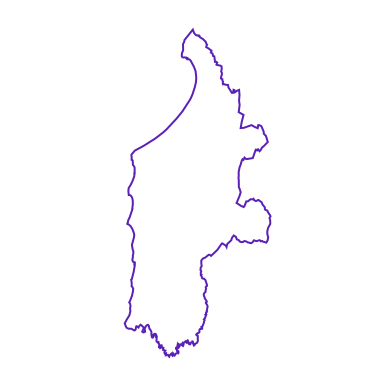 Moñitos, Córdoba, Colombia, rotated 354°
{"feature_id": "7082276B84273930819596", "entity_name": "Moñitos", "entity_type": "district", "adm_level": 2, "iso_a3": "COL", "parent_name": "Colombia", "parent_adm1": "Córdoba", "projection": "equal_earth", "projection_center": [-76.121, 9.199], "detail": "fine", "context": "isolated", "style": "outline", "palette": "violet", "viewbox_px": 384, "rotation_deg": 354, "n_neighbors": 0, "source": "geoboundaries", "source_scale": "gbopen_adm2", "svg_char_len": 6069}
<svg xmlns="http://www.w3.org/2000/svg" viewBox="0 0 384 384"><g transform="rotate(354 192 192)"><path d="M239.1,192.1L239.7,185.7L239.8,182.1L240.1,181.3L240.5,177.0L241.9,172.4L243.1,170.2L244.7,166.2L245.7,164.7L246.5,165.4L247.8,163.3L249.0,164.7L250.0,165.0L256.0,164.6L259.7,156.8L260.1,157.2L261.0,157.4L261.0,156.7L262.2,156.4L263.5,158.5L265.1,157.0L266.2,155.1L267.8,154.2L272.6,150.2L271.4,143.9L269.5,141.6L269.6,139.4L268.0,134.2L267.6,133.6L266.0,132.6L264.9,132.4L264.0,135.4L261.4,134.0L258.2,131.7L250.2,133.6L247.1,133.5L248.7,127.7L251.3,120.7L246.8,117.5L248.5,110.2L248.3,106.4L249.4,100.5L249.5,95.4L246.3,96.3L246.2,96.7L245.5,97.2L244.2,97.5L244.7,95.0L244.0,94.7L243.3,97.6L242.1,97.6L239.2,91.9L239.0,89.3L236.4,88.8L234.7,87.8L234.1,88.1L234.0,87.8L233.9,87.1L234.4,85.7L233.8,83.8L234.0,83.0L232.7,82.2L232.6,81.8L234.1,77.8L234.1,76.4L233.6,75.3L234.5,72.4L234.5,70.1L233.2,69.2L230.0,68.2L229.6,67.9L230.6,65.8L229.6,65.0L228.5,65.0L228.4,59.4L227.1,58.9L227.0,56.7L225.6,55.5L225.9,54.5L225.7,54.5L226.2,53.6L223.4,50.9L221.3,49.4L221.8,47.9L222.4,47.1L221.9,46.3L221.3,44.0L218.9,41.1L216.0,38.8L215.6,38.2L215.8,37.6L215.6,37.2L215.1,37.0L214.5,37.3L213.7,36.7L212.7,36.7L212.0,36.0L210.7,34.1L209.8,30.6L200.4,40.1L199.8,42.1L198.5,44.0L198.0,50.2L196.5,52.9L196.1,55.4L196.1,56.3L196.5,56.9L197.5,57.3L199.1,57.4L199.5,57.7L200.4,57.7L200.7,58.3L201.1,58.3L200.7,59.0L201.1,59.5L202.4,59.5L203.7,60.2L204.4,61.3L207.0,67.6L208.2,72.2L208.2,78.1L207.9,80.8L207.2,83.9L205.6,88.4L202.7,94.9L201.2,97.6L199.9,99.7L191.0,110.7L184.5,117.2L173.4,126.9L169.3,129.9L161.0,135.0L148.6,141.1L139.4,144.9L136.1,148.1L135.5,148.9L135.7,151.0L135.3,153.7L136.0,154.0L136.3,154.7L136.1,158.9L137.0,160.3L137.5,161.8L137.0,166.4L136.6,167.2L136.9,167.4L136.8,167.8L136.1,170.6L134.2,174.5L131.7,178.6L129.4,181.5L128.8,184.5L128.8,188.4L130.2,188.7L130.8,189.3L131.4,190.3L132.0,192.0L132.2,194.3L131.8,198.4L130.8,202.5L131.0,202.7L127.5,210.4L125.6,213.5L125.0,215.5L124.4,216.6L124.4,217.2L125.6,217.6L127.4,219.6L128.9,222.8L129.9,226.7L130.1,228.7L129.6,230.8L126.7,238.4L127.1,243.8L127.5,244.8L127.2,247.1L126.5,249.2L126.4,250.9L125.6,252.8L125.6,253.6L126.1,255.2L126.7,255.4L127.0,256.3L127.6,256.2L127.7,256.5L127.5,257.0L127.7,256.9L127.5,258.7L125.7,265.1L123.1,272.2L122.3,272.9L122.5,274.5L122.4,278.0L122.1,279.5L122.8,280.3L123.4,281.9L123.0,284.3L121.4,289.1L119.1,293.6L118.0,295.2L118.8,296.8L118.9,298.4L118.9,299.4L118.3,300.9L118.2,304.3L116.8,308.2L113.5,312.4L111.4,315.6L111.6,315.8L111.6,316.8L112.6,319.9L113.6,320.8L115.0,321.4L117.3,321.6L120.2,323.7L121.0,323.4L121.7,322.6L122.0,321.0L122.6,319.7L123.0,319.7L124.6,321.2L125.7,319.6L127.1,318.6L129.6,321.4L129.4,323.2L127.9,325.6L128.3,326.2L129.2,326.6L130.8,326.0L130.6,323.5L130.9,322.4L132.3,320.5L133.6,319.6L134.4,319.5L135.1,320.6L135.2,322.7L135.5,323.7L136.2,324.7L136.9,326.5L137.0,327.3L136.7,329.8L137.0,332.3L137.5,332.7L138.1,332.5L138.6,330.0L139.7,329.2L140.7,329.2L141.4,330.0L141.4,330.4L140.5,330.2L140.3,330.4L140.8,332.2L141.8,332.2L141.1,336.2L141.2,337.2L142.4,337.9L142.9,337.6L143.1,337.8L142.7,338.9L143.3,339.5L143.5,340.4L142.9,342.9L143.6,343.2L143.9,344.0L144.5,343.9L145.1,341.6L145.4,341.2L145.8,341.3L145.9,343.2L147.3,344.0L146.8,345.0L146.7,345.9L147.4,346.0L147.7,346.6L148.9,347.0L147.8,348.5L147.9,349.5L148.1,350.1L148.4,350.3L148.8,349.8L149.3,349.7L148.9,351.7L149.4,351.7L149.8,351.3L151.2,351.4L151.5,351.8L151.6,352.9L152.1,353.4L152.7,351.9L153.3,351.8L154.8,350.3L155.4,350.3L155.5,350.5L154.9,352.0L155.6,353.0L156.1,352.7L156.5,351.9L156.6,350.9L157.7,352.7L159.1,351.0L160.5,350.6L161.5,351.0L161.8,350.4L161.9,349.0L161.5,348.7L160.6,348.8L160.4,348.4L160.7,347.8L160.3,347.1L160.5,346.4L159.7,346.1L159.8,345.3L160.4,344.9L161.4,345.3L161.4,343.4L161.7,342.5L161.9,343.3L162.5,343.3L162.1,344.0L162.7,344.0L162.8,344.9L163.7,343.8L163.3,342.3L163.9,342.8L165.0,342.3L165.7,342.9L166.7,341.4L166.9,341.9L166.6,343.9L167.0,344.2L167.4,343.6L168.1,340.9L169.3,340.4L170.0,339.7L170.4,339.7L170.6,340.0L170.7,341.2L171.1,341.5L171.5,341.2L171.7,339.4L172.2,339.1L172.9,341.1L172.9,342.6L174.0,343.4L174.4,343.2L175.0,341.7L176.3,341.5L176.7,340.6L177.2,340.8L177.2,342.8L177.9,343.1L177.6,344.1L177.8,344.9L178.3,344.8L179.3,343.3L181.1,342.6L182.3,340.8L182.4,337.8L182.7,336.7L182.5,335.9L182.6,335.3L181.5,334.8L181.3,334.2L182.6,333.1L184.5,332.5L184.7,332.1L185.0,329.8L185.5,329.2L186.3,329.2L186.8,328.6L187.6,329.1L187.9,328.7L187.9,327.8L187.4,327.1L188.3,326.7L190.2,323.2L190.3,322.2L191.2,320.7L190.6,319.9L191.1,319.6L191.3,318.9L191.8,318.7L192.9,316.4L192.5,315.6L193.4,315.3L193.1,314.6L193.4,313.4L194.4,312.7L194.1,311.8L194.6,311.2L194.9,309.4L195.5,307.9L195.5,306.9L195.2,305.8L194.1,303.8L194.2,303.4L195.1,303.0L195.3,302.4L193.5,298.8L193.5,297.7L193.0,296.5L193.0,294.8L194.0,293.4L194.9,293.0L195.2,292.0L195.2,291.2L195.9,289.8L195.7,288.1L196.0,287.6L197.1,286.9L197.2,286.1L196.1,280.9L194.8,279.4L194.1,279.4L193.0,278.7L192.8,276.9L192.1,275.8L192.8,275.1L192.2,274.5L192.2,273.5L192.9,272.0L192.8,271.4L192.3,270.8L192.7,268.2L193.9,266.7L193.8,264.4L194.0,261.4L194.7,260.4L196.3,259.1L198.3,258.6L202.0,256.2L203.1,256.3L204.3,257.5L211.2,252.2L215.5,247.2L216.6,246.2L220.0,248.8L220.6,250.3L221.1,248.6L221.9,247.2L226.0,244.1L227.0,241.7L229.0,239.6L231.1,241.4L231.4,243.3L231.7,243.9L233.2,244.5L234.4,246.3L235.8,247.0L237.5,247.0L239.1,246.2L241.0,247.0L242.0,247.8L245.4,249.1L246.9,248.4L248.5,246.5L250.8,247.6L254.3,247.0L255.4,248.3L256.6,248.0L257.3,248.7L260.6,250.1L262.2,247.9L263.1,244.6L262.8,243.9L262.5,241.1L263.0,238.1L264.1,235.4L266.5,231.9L266.8,228.7L266.4,225.8L267.5,224.6L267.4,223.7L265.5,220.1L265.0,218.4L263.4,217.6L262.7,216.9L262.8,214.8L260.8,211.8L260.2,209.5L257.3,206.9L256.7,206.9L255.6,207.5L254.5,207.6L253.1,206.8L252.5,205.2L251.8,205.7L249.5,205.3L246.5,207.2L245.0,207.0L242.6,211.7L241.7,212.4L240.7,211.6L239.8,211.3L235.2,207.6L238.8,201.0L240.4,197.3L239.8,194.3L239.1,192.1Z" fill="none" stroke="#5b21b6" stroke-width="2"/></g></svg>